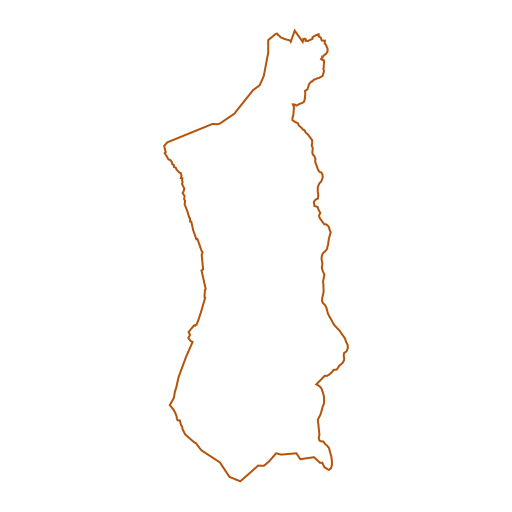 Santa Catarina Lachatao, Oaxaca, Mexico
{"feature_id": "50627088B86779722307239", "entity_name": "Santa Catarina Lachatao", "entity_type": "district", "adm_level": 2, "iso_a3": "MEX", "parent_name": "Mexico", "parent_adm1": "Oaxaca", "projection": "natural_earth1", "projection_center": [-96.485, 17.188], "detail": "fine", "context": "isolated", "style": "outline", "palette": "amber", "viewbox_px": 512, "rotation_deg": 0, "n_neighbors": 0, "source": "geoboundaries", "source_scale": "gbopen_adm2", "svg_char_len": 4904}
<svg xmlns="http://www.w3.org/2000/svg" viewBox="0 0 512 512"><path d="M328.9,469.9L331.0,468.3L332.0,464.5L331.8,460.1L331.3,456.3L330.4,453.4L329.7,450.8L329.0,448.0L327.2,445.8L325.4,444.2L323.3,441.5L321.4,441.4L319.6,440.7L318.7,437.9L319.4,434.9L319.0,430.5L318.6,427.2L318.4,424.6L318.0,421.8L317.8,419.8L318.8,417.8L320.2,415.1L321.0,413.0L321.9,409.7L322.7,406.5L323.6,404.7L324.1,402.5L324.0,399.1L323.9,396.2L322.8,392.3L321.5,388.6L320.0,386.7L317.9,385.2L316.3,384.4L324.7,375.8L327.0,375.9L329.4,374.4L332.0,372.1L333.6,369.9L336.6,369.6L338.4,367.3L339.4,365.6L341.0,364.3L342.6,362.9L343.9,360.6L344.2,358.5L343.7,355.8L344.1,353.0L346.5,351.4L347.8,348.2L347.7,345.1L345.8,341.2L345.1,338.6L343.0,335.6L341.2,333.2L340.0,331.2L334.4,325.2L332.9,322.8L331.5,320.0L329.4,316.5L327.9,313.5L326.3,307.4L325.2,305.3L322.7,302.8L322.0,300.5L322.3,297.5L323.1,294.3L323.6,291.8L323.5,288.3L323.4,284.8L323.0,281.5L323.7,278.5L324.3,274.4L322.8,271.3L321.8,267.7L322.3,264.9L322.3,262.8L321.9,261.1L321.5,258.6L321.8,256.4L322.3,254.4L323.3,252.9L325.3,251.2L327.2,248.6L327.4,246.7L328.1,244.9L328.3,242.5L328.8,239.3L329.5,236.4L330.7,232.3L329.7,230.1L328.8,226.8L326.4,224.4L324.3,224.3L323.0,222.6L319.6,217.8L319.0,215.6L320.3,212.8L318.8,210.4L317.6,207.0L314.4,205.9L313.8,202.0L315.6,199.6L317.9,198.6L318.3,194.9L317.7,191.6L317.8,187.3L318.9,184.3L319.8,182.8L321.2,181.5L322.4,178.6L322.7,176.9L322.5,174.8L321.5,172.7L319.3,171.7L317.9,169.4L316.6,165.6L316.5,165.4L315.7,163.4L315.1,161.0L315.5,159.0L314.3,156.1L312.8,154.5L312.3,152.5L312.8,148.2L311.7,145.5L312.2,142.8L312.1,140.1L310.1,137.5L308.2,134.8L305.6,132.4L304.7,130.4L303.1,129.7L301.7,128.0L300.1,126.6L298.6,125.1L297.9,123.2L295.5,122.2L292.5,120.3L292.4,118.2L293.1,116.0L293.4,114.2L293.7,110.4L294.0,107.1L292.9,104.4L294.8,104.5L296.4,105.6L299.1,104.1L301.8,103.1L303.7,102.1L304.6,100.1L305.1,96.0L305.3,92.9L305.0,90.9L307.4,89.4L307.9,87.9L308.2,87.2L308.7,85.6L308.8,84.7L309.5,83.6L310.4,82.5L311.3,81.5L312.4,81.4L313.4,80.1L314.1,79.6L315.5,79.3L317.0,78.4L319.0,77.9L321.5,76.6L322.7,75.8L323.2,73.9L323.4,73.1L323.8,71.9L324.0,71.1L323.8,70.2L323.3,68.8L323.7,67.6L323.8,66.3L323.8,64.4L324.1,62.5L323.9,60.4L322.4,60.0L321.0,59.0L321.3,58.6L321.9,58.3L322.0,58.1L322.2,57.8L322.4,57.7L322.3,57.1L322.5,57.2L322.7,56.8L322.8,56.5L322.8,56.4L323.1,56.2L323.5,56.0L323.7,55.7L323.9,55.4L324.1,55.2L324.5,54.7L324.9,54.7L325.4,54.3L325.8,54.0L326.1,53.9L326.3,53.4L326.6,52.9L326.8,52.6L326.9,52.4L327.2,52.3L327.4,52.0L327.4,51.5L327.5,50.9L327.7,49.8L327.6,49.4L327.6,49.0L327.5,48.5L327.2,48.0L327.1,47.8L326.9,47.4L326.8,47.1L326.5,46.5L326.4,45.8L326.2,45.3L325.8,44.8L325.6,44.4L325.3,44.1L325.1,43.9L324.9,43.7L324.7,43.5L324.7,43.3L324.9,40.7L324.4,40.7L323.9,40.7L323.1,40.6L322.5,40.6L322.2,40.6L321.9,40.6L321.7,40.3L321.7,40.1L321.6,39.9L321.3,39.4L321.2,38.8L321.1,38.3L320.9,38.0L320.5,37.6L320.4,37.5L320.0,37.2L319.9,36.9L319.7,36.8L319.4,36.6L319.1,36.6L318.8,36.5L318.8,36.4L318.8,36.2L318.7,35.5L318.7,34.8L318.7,34.2L318.4,34.2L317.8,34.8L317.5,35.0L317.3,35.1L317.2,35.1L316.6,35.0L316.5,34.9L312.5,37.3L312.5,38.8L307.9,41.0L307.7,41.0L307.3,40.9L306.3,40.9L305.5,40.9L305.5,40.4L305.6,40.2L305.7,39.9L305.8,39.4L305.7,39.1L305.4,38.9L305.1,38.8L304.8,38.7L303.7,38.9L303.4,38.9L302.7,41.9L294.7,30.7L290.8,41.6L290.5,40.9L289.3,40.3L288.3,40.0L286.8,39.6L285.5,39.3L284.4,38.9L283.3,38.5L282.1,37.9L281.2,37.6L280.3,37.0L279.8,36.3L279.1,35.7L278.3,35.2L277.7,34.3L277.3,33.7L276.4,33.6L274.8,34.7L268.2,40.1L268.2,52.9L267.3,57.4L263.8,76.0L259.7,85.2L253.0,90.2L235.4,112.3L234.9,113.3L220.0,123.5L217.2,124.3L212.6,123.9L167.4,142.3L164.2,145.9L165.2,150.3L165.7,152.1L164.7,153.1L168.5,159.4L170.4,160.1L171.9,162.2L172.3,164.3L173.8,164.9L173.9,167.0L175.8,167.7L176.6,169.7L179.3,172.6L180.7,173.0L181.5,175.8L180.9,178.1L182.4,178.3L182.1,180.6L182.6,182.0L182.0,183.9L184.3,188.7L183.6,191.3L182.6,193.1L184.6,196.0L184.1,199.2L185.1,200.8L184.6,204.3L187.0,210.3L189.3,217.7L190.0,218.2L190.2,221.6L191.3,221.7L193.2,230.2L196.3,239.2L197.4,238.9L201.6,250.9L202.6,252.3L201.7,254.7L203.1,269.4L201.5,270.4L205.7,289.1L204.9,290.2L204.5,297.0L205.2,297.6L201.0,312.0L198.0,321.2L196.5,324.7L195.4,325.0L195.1,325.7L194.0,325.5L192.9,326.8L188.6,332.0L189.5,334.0L189.9,334.6L189.8,335.5L188.3,337.8L190.5,340.9L192.6,342.0L186.2,356.5L178.6,377.0L176.2,387.8L174.9,391.7L173.9,397.8L169.8,405.1L173.3,409.4L175.2,412.7L176.8,417.0L176.7,418.2L177.6,420.3L179.8,420.4L181.0,424.9L182.1,426.7L182.6,429.5L183.8,431.6L185.1,434.4L193.8,442.0L196.3,443.5L197.5,445.3L201.2,450.1L202.9,451.3L219.9,462.4L229.4,476.9L240.2,481.3L248.9,473.8L258.1,465.6L263.4,465.8L264.1,465.6L269.1,461.4L272.2,457.8L276.1,453.3L281.2,454.6L296.4,453.3L300.3,459.2L314.0,457.2L320.1,462.9L322.3,462.7L324.2,467.0L327.5,469.2L328.9,469.9Z" fill="none" stroke="#b45309" stroke-width="2"/></svg>